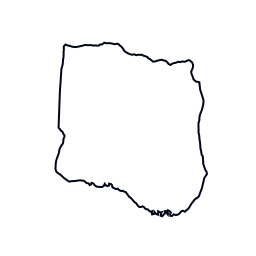 Eldorado, Mato Grosso do Sul, Brazil (Robinson projection), rotated 346°
{"feature_id": "56859067B95326418137192", "entity_name": "Eldorado", "entity_type": "district", "adm_level": 2, "iso_a3": "BRA", "parent_name": "Brazil", "parent_adm1": "Mato Grosso do Sul", "projection": "robinson", "projection_center": [-54.224, -23.74], "detail": "fine", "context": "isolated", "style": "outline", "palette": "ink", "viewbox_px": 256, "rotation_deg": 346, "n_neighbors": 0, "source": "geoboundaries", "source_scale": "gbopen_adm2", "svg_char_len": 3203}
<svg xmlns="http://www.w3.org/2000/svg" viewBox="0 0 256 256"><g transform="rotate(346 128 128)"><path d="M194.0,161.7L194.3,160.2L194.8,155.0L195.2,153.2L195.4,149.0L196.0,147.2L196.5,144.7L197.5,140.5L199.0,137.9L199.8,135.2L200.7,133.3L201.9,131.2L203.6,129.0L205.6,125.5L206.7,123.3L207.2,121.9L207.7,120.5L208.0,118.4L207.3,108.5L208.0,102.7L208.3,100.9L205.1,99.3L203.4,96.8L203.2,93.8L202.8,91.3L202.8,89.2L203.4,87.9L204.5,86.6L205.4,85.4L206.0,83.9L206.4,81.9L206.1,80.0L205.2,78.6L204.0,77.1L202.3,76.8L200.6,77.3L198.4,77.4L197.2,76.6L195.7,76.6L194.3,76.7L193.0,75.9L191.2,76.1L189.5,76.3L188.0,76.1L186.4,76.4L184.5,77.1L182.9,75.8L182.1,73.8L181.0,72.2L179.8,71.5L178.3,70.6L177.2,69.9L175.7,69.8L174.3,69.8L173.0,69.8L170.2,70.0L168.2,69.6L167.3,68.2L165.7,66.2L164.4,65.1L163.9,63.7L162.2,62.6L160.4,61.5L159.1,60.3L157.5,60.0L155.4,59.3L153.4,59.3L151.7,57.9L150.0,58.0L148.5,57.3L147.1,56.4L145.9,55.4L144.6,54.2L143.3,52.7L142.7,51.3L142.4,49.8L141.4,47.7L140.1,46.1L139.3,44.6L138.3,43.7L136.6,43.5L135.1,43.4L133.2,42.3L131.4,41.5L129.5,40.9L127.5,40.6L125.6,39.5L124.2,40.2L122.8,40.6L121.2,40.2L119.8,40.9L118.1,40.7L115.6,39.8L113.9,39.5L112.6,38.8L111.3,38.4L109.3,38.0L106.3,37.0L104.7,37.1L102.3,37.1L98.2,37.0L95.9,36.6L93.5,35.6L91.3,34.2L89.6,33.5L87.7,31.9L85.6,33.1L85.1,34.5L84.6,37.0L83.9,38.5L83.5,40.4L82.7,43.3L82.0,44.8L81.4,46.4L80.9,48.0L79.9,50.7L78.8,52.7L77.8,54.3L70.6,76.6L60.7,110.9L61.5,112.4L62.3,114.3L63.5,115.8L63.8,117.7L64.7,120.2L63.4,122.2L62.4,123.8L61.8,125.9L61.0,127.4L59.7,128.4L58.2,129.8L56.6,131.7L55.8,133.3L55.0,135.3L53.8,137.2L53.0,138.3L51.8,140.1L50.8,141.7L50.0,143.2L49.4,144.8L48.2,148.6L47.7,150.0L47.9,153.0L49.5,155.3L51.1,156.9L52.0,158.3L52.9,159.6L53.8,161.1L55.5,163.0L57.0,164.9L58.2,165.9L59.6,165.8L61.3,166.2L62.8,166.3L64.0,166.7L66.3,166.8L67.6,167.0L69.1,167.2L70.8,168.0L72.2,168.4L73.4,169.7L74.5,171.4L76.4,172.2L77.0,174.1L78.3,173.9L79.4,172.4L81.0,173.5L82.0,175.8L83.4,177.3L86.2,178.3L87.7,178.8L89.0,178.9L90.4,178.4L92.0,176.5L92.6,178.3L94.0,179.4L95.7,179.1L96.2,177.4L97.8,178.1L98.6,179.4L98.7,182.0L100.1,183.1L101.4,184.3L103.5,184.5L104.2,186.0L105.3,186.9L106.4,187.6L107.7,187.6L109.1,189.0L110.3,189.6L110.8,190.9L111.7,193.0L112.3,194.8L113.9,196.7L114.8,198.2L115.5,199.9L116.2,201.3L117.7,202.9L118.4,204.8L119.0,206.0L119.9,207.4L121.4,207.8L123.1,207.5L124.3,208.6L125.0,210.0L125.8,211.1L127.5,211.7L128.5,213.6L129.7,214.7L131.4,214.5L130.5,216.1L130.5,217.7L132.3,217.7L133.4,215.8L134.5,218.4L136.3,219.4L136.7,217.5L137.1,216.1L138.7,217.6L140.3,217.8L139.4,219.0L138.5,221.1L139.8,221.9L141.4,220.8L143.2,219.9L143.3,217.6L144.7,217.7L145.0,219.8L145.7,221.5L146.2,220.1L145.9,218.7L146.8,217.5L148.1,218.5L149.1,220.5L147.9,221.8L147.9,223.5L149.4,224.0L151.4,222.8L153.1,224.0L154.8,224.1L156.1,224.0L158.0,222.9L159.7,221.7L161.6,221.7L163.0,223.0L164.5,222.0L166.8,221.0L168.0,220.1L169.2,218.8L171.3,216.8L172.6,215.7L174.1,214.6L175.3,213.6L176.5,213.0L178.3,212.5L180.1,211.6L185.2,204.2L190.0,194.9L193.3,192.0L193.7,190.0L192.9,187.4L192.3,181.0L192.8,178.8L193.7,173.6L193.0,171.5L193.4,168.0L193.3,165.7L194.0,161.7Z" fill="none" stroke="#020617" stroke-width="2"/></g></svg>